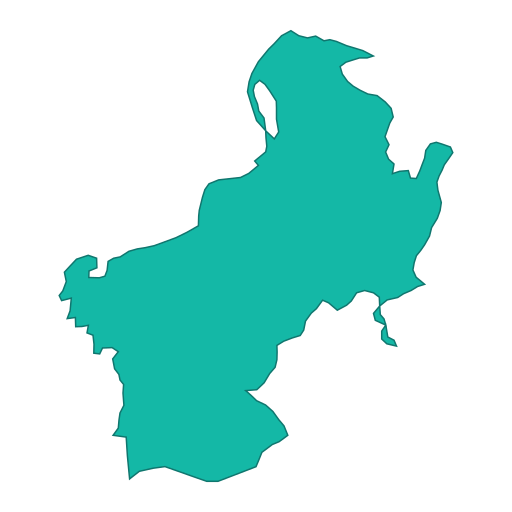 Porto Rico do Maranhão, Maranhão, Brazil
{"feature_id": "56859067B69390320621521", "entity_name": "Porto Rico do Maranhão", "entity_type": "district", "adm_level": 2, "iso_a3": "BRA", "parent_name": "Brazil", "parent_adm1": "Maranhão", "projection": "mercator", "projection_center": [-44.622, -1.877], "detail": "fine", "context": "isolated", "style": "filled", "palette": "teal", "viewbox_px": 512, "rotation_deg": 0, "n_neighbors": 0, "source": "geoboundaries", "source_scale": "gbopen_adm2", "svg_char_len": 2750}
<svg xmlns="http://www.w3.org/2000/svg" viewBox="0 0 512 512"><path d="M379.7,306.0L387.2,299.9L397.7,297.5L403.6,293.7L411.1,290.5L417.6,286.5L424.6,284.3L416.1,277.2L412.9,270.0L414.2,262.6L416.4,255.7L420.8,250.3L424.6,244.8L429.5,236.1L431.6,227.6L437.3,218.3L440.1,210.5L441.3,202.5L437.9,190.2L436.9,182.1L439.1,175.9L442.1,170.1L444.3,164.8L448.7,158.6L452.8,152.6L450.4,147.0L442.1,144.1L436.3,142.3L430.4,143.9L425.8,150.4L424.6,158.2L422.0,165.0L419.8,170.9L416.3,178.5L410.5,178.1L408.3,170.6L399.6,171.3L392.4,173.7L394.0,164.0L388.6,159.2L385.6,152.0L389.0,144.7L385.0,136.7L387.4,129.8L389.8,123.0L393.2,117.0L391.1,108.3L385.2,101.9L377.1,95.6L367.8,94.0L360.0,90.2L353.2,86.2L347.6,81.5L342.3,74.1L340.1,66.5L345.9,62.2L352.8,60.0L359.6,57.9L367.2,57.9L373.3,56.0L362.8,50.6L355.0,48.2L346.6,45.7L336.3,41.4L329.8,39.7L324.0,40.8L315.7,36.1L307.5,37.9L298.7,35.7L290.9,30.7L281.6,35.7L274.1,43.8L268.7,49.1L264.7,54.0L258.4,61.7L251.9,73.5L249.1,81.8L247.5,91.8L252.2,107.1L256.6,120.6L260.4,124.8L265.7,130.8L266.0,137.9L266.8,146.3L265.7,151.9L254.7,161.0L258.4,165.4L248.8,173.4L240.5,177.5L218.6,179.9L209.0,183.8L204.9,189.6L202.5,197.2L199.3,210.2L198.7,215.9L198.4,225.8L186.8,232.4L176.0,237.7L154.2,245.7L145.1,247.7L137.3,248.9L128.9,251.3L120.2,256.9L113.7,258.2L108.1,261.4L107.1,270.4L104.9,276.2L99.3,277.8L88.8,277.5L89.0,271.0L96.9,267.8L96.6,258.2L88.2,255.3L76.5,259.2L70.3,265.8L64.4,272.2L66.3,281.6L62.8,290.9L59.2,295.5L61.6,300.6L71.3,298.1L70.1,310.8L67.2,318.6L75.4,317.5L75.7,326.7L81.9,326.5L88.4,325.3L87.0,332.9L93.0,335.2L94.0,344.2L93.8,353.2L99.7,353.9L102.5,348.0L112.1,347.6L118.3,351.7L112.7,358.9L114.6,368.8L118.9,374.4L120.0,380.0L123.6,384.4L123.0,393.1L123.9,405.3L120.0,413.0L119.0,420.0L118.3,428.1L113.1,435.3L126.2,437.1L127.4,455.8L129.6,478.9L139.3,471.3L153.2,468.2L165.0,466.6L192.4,476.3L206.7,481.3L218.0,481.3L256.0,466.7L259.0,459.5L261.9,452.3L272.3,444.5L279.1,441.7L287.8,435.3L284.0,425.9L278.7,419.6L272.9,411.5L265.6,405.0L256.6,400.7L251.0,395.3L245.7,390.6L256.8,389.7L264.1,382.8L269.7,373.5L275.1,367.3L276.9,359.7L277.1,352.0L276.9,345.4L283.7,341.2L292.4,337.9L300.2,335.5L303.7,330.1L305.5,321.1L311.3,313.1L316.4,308.7L322.6,300.2L328.6,302.8L337.3,310.2L346.6,305.2L351.3,301.0L356.6,292.8L364.6,290.5L373.5,292.8L379.3,297.2L379.7,306.0ZM265.7,130.8L264.0,118.0L258.8,111.1L257.5,104.0L254.4,96.5L253.2,90.2L254.8,84.4L259.6,80.3L265.0,84.3L269.7,90.8L276.3,101.1L276.5,107.7L276.5,119.2L278.7,132.0L274.3,138.9L265.7,130.8ZM385.8,325.1L381.7,331.1L381.7,339.0L386.8,343.8L396.5,346.1L394.0,340.2L387.8,337.0L385.8,325.1ZM385.8,325.1L384.0,318.9L380.3,314.6L379.7,306.0L373.5,313.4L375.3,320.3L385.8,325.1Z" fill="#14b8a6" stroke="#0f766e" stroke-width="1.5"/></svg>